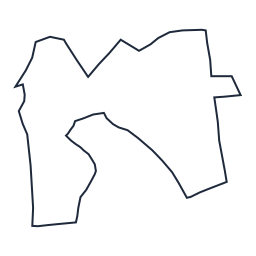 Qalat Saleh, Maysan, Iraq (orthographic projection)
{"feature_id": "34846034B15043886970359", "entity_name": "Qalat Saleh", "entity_type": "district", "adm_level": 2, "iso_a3": "IRQ", "parent_name": "Iraq", "parent_adm1": "Maysan", "projection": "orthographic", "projection_center": [47.323, 31.48], "detail": "fine", "context": "isolated", "style": "outline", "palette": "slate", "viewbox_px": 256, "rotation_deg": 0, "n_neighbors": 0, "source": "geoboundaries", "source_scale": "gbopen_adm2", "svg_char_len": 1081}
<svg xmlns="http://www.w3.org/2000/svg" viewBox="0 0 256 256"><path d="M50.0,36.8L35.7,42.0L32.2,57.7L25.8,70.4L15.4,86.7L22.8,84.4L24.7,94.8L24.2,101.2L18.8,111.1L22.7,123.8L27.2,134.3L30.6,165.6L31.6,182.4L33.1,207.9L32.3,225.9L37.9,226.2L46.8,225.2L55.7,224.3L75.9,222.4L77.3,216.1L78.3,207.9L80.5,197.1L86.2,189.9L91.5,180.4L94.8,174.1L95.9,171.0L94.8,164.3L91.8,159.3L88.6,154.2L83.7,150.4L80.5,147.3L75.7,144.1L71.1,140.6L66.0,135.6L67.9,133.7L70.8,129.3L73.5,125.8L75.1,121.1L82.7,118.6L93.2,114.5L103.9,112.9L106.6,118.2L113.1,124.2L118.7,127.4L127.6,130.2L138.1,138.1L152.1,150.1L156.4,154.5L162.4,160.8L172.1,172.2L178.8,183.2L180.4,186.1L186.9,197.8L190.9,196.8L199.8,192.4L210.9,188.0L226.7,181.9L224.8,170.6L219.2,140.6L217.8,122.0L216.4,111.9L214.3,97.4L224.2,96.7L230.4,96.1L240.6,95.1L231.7,76.2L225.3,76.2L211.3,76.2L210.2,60.1L207.2,43.1L205.7,30.4L201.8,29.8L195.2,30.0L182.5,30.4L169.6,32.2L158.3,38.0L150.4,44.4L139.0,50.8L120.7,39.7L109.3,53.1L98.9,64.1L88.1,76.9L76.7,60.0L66.3,43.8L63.9,39.7L50.0,36.8Z" fill="none" stroke="#1e293b" stroke-width="2"/></svg>